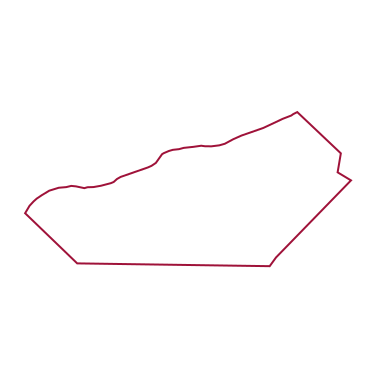 Massac, Illinois, United States of America (Equal Earth projection), rotated 134°
{"feature_id": "52423323B63666596327818", "entity_name": "Massac", "entity_type": "district", "adm_level": 2, "iso_a3": "USA", "parent_name": "United States of America", "parent_adm1": "Illinois", "projection": "equal_earth", "projection_center": [-88.699, 37.201], "detail": "fine", "context": "isolated", "style": "outline", "palette": "rose", "viewbox_px": 384, "rotation_deg": 134, "n_neighbors": 0, "source": "geoboundaries", "source_scale": "gbopen_adm2", "svg_char_len": 731}
<svg xmlns="http://www.w3.org/2000/svg" viewBox="0 0 384 384"><g transform="rotate(134 192 192)"><path d="M279.2,288.8L281.5,290.8L290.2,295.6L298.5,297.8L304.6,299.1L308.8,299.4L314.7,299.3L323.2,297.3L323.1,225.0L191.4,84.6L180.7,86.1L73.2,85.7L76.7,100.9L60.8,111.8L61.4,171.8L65.7,173.3L68.0,173.7L76.4,177.6L96.4,185.2L117.0,195.6L125.4,199.0L134.5,201.9L139.5,204.8L145.7,209.8L150.2,214.6L152.3,217.5L158.6,222.4L166.0,228.6L170.2,231.1L175.0,235.1L178.5,237.1L183.7,239.3L185.6,239.8L196.2,238.2L201.3,239.3L205.0,240.8L230.7,253.8L234.8,255.0L239.2,255.3L242.0,256.5L250.7,261.8L256.9,266.3L261.2,270.5L264.0,272.1L268.5,279.3L271.5,283.1L275.9,285.9L279.2,288.8Z" fill="none" stroke="#9f1239" stroke-width="2"/></g></svg>